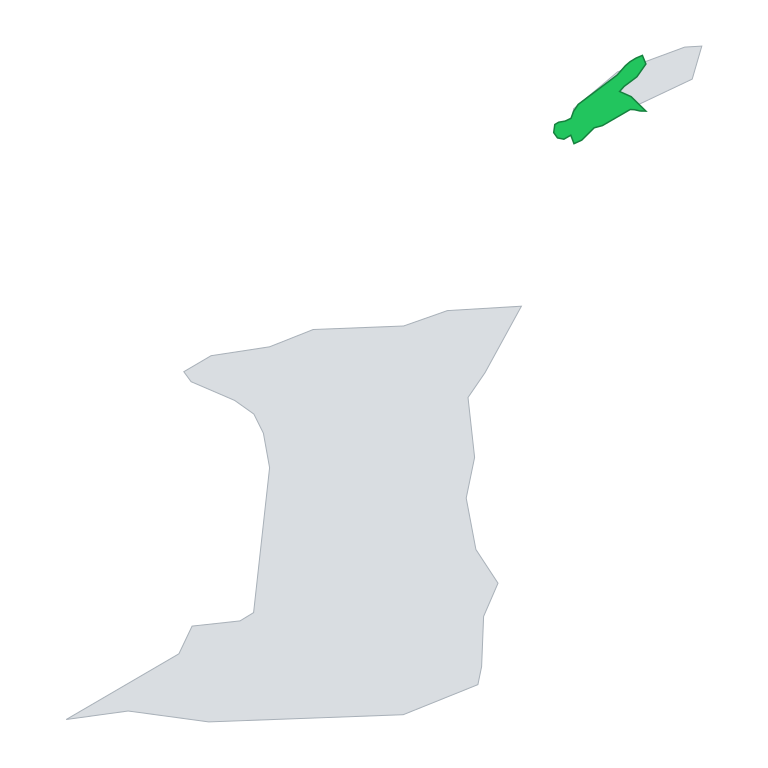 Trinidad and Tobago, with Western Tobago highlighted
{"feature_id": "TTO-5090", "entity_name": "Western Tobago", "entity_type": "Region", "adm_level": 1, "iso_a3": "TTO", "parent_name": "Trinidad and Tobago", "parent_adm1": "", "projection": "natural_earth1", "projection_center": [-60.737, 11.226], "detail": "fine", "context": "in_parent", "style": "filled", "palette": "green", "viewbox_px": 768, "rotation_deg": 0, "n_neighbors": 0, "source": "natural_earth", "source_scale": "10m", "svg_char_len": 996}
<svg xmlns="http://www.w3.org/2000/svg" viewBox="0 0 768 768"><path d="M477.9,684.6L403.2,714.7L208.7,721.9L128.1,711.0L66.2,719.5L178.9,653.8L192.1,626.1L240.0,620.9L253.6,612.6L269.6,467.7L263.4,433.2L253.9,414.1L234.6,400.4L191.1,381.7L183.8,371.7L211.1,355.7L269.6,346.8L313.2,329.5L403.6,326.0L447.4,310.6L521.4,306.2L485.0,372.7L468.0,397.5L474.6,457.4L466.2,498.1L475.9,549.5L498.0,583.2L483.6,616.4L481.6,666.6L477.9,684.6ZM595.7,124.8L570.7,130.1L573.6,108.8L617.5,71.9L684.7,47.1L701.8,46.1L692.2,79.1L595.7,124.8Z" fill="#d9dde1" stroke="#a8b0b8" stroke-width="1"/><path d="M645.9,111.1L640.1,111.0L634.5,109.7L630.2,109.5L602.4,125.6L594.2,127.8L581.8,140.1L574.0,143.7L570.8,135.2L563.9,139.2L557.5,137.9L553.7,132.6L554.8,124.5L558.7,122.2L565.1,121.1L571.0,118.3L573.6,111.3L578.2,104.4L617.1,75.1L625.4,65.7L630.2,61.6L636.0,58.1L642.4,55.4L645.9,64.0L636.9,76.8L624.1,86.4L619.6,91.5L631.2,96.7L637.9,103.3L645.9,111.1Z" fill="#22c55e" stroke="#15803d" stroke-width="1.5"/></svg>